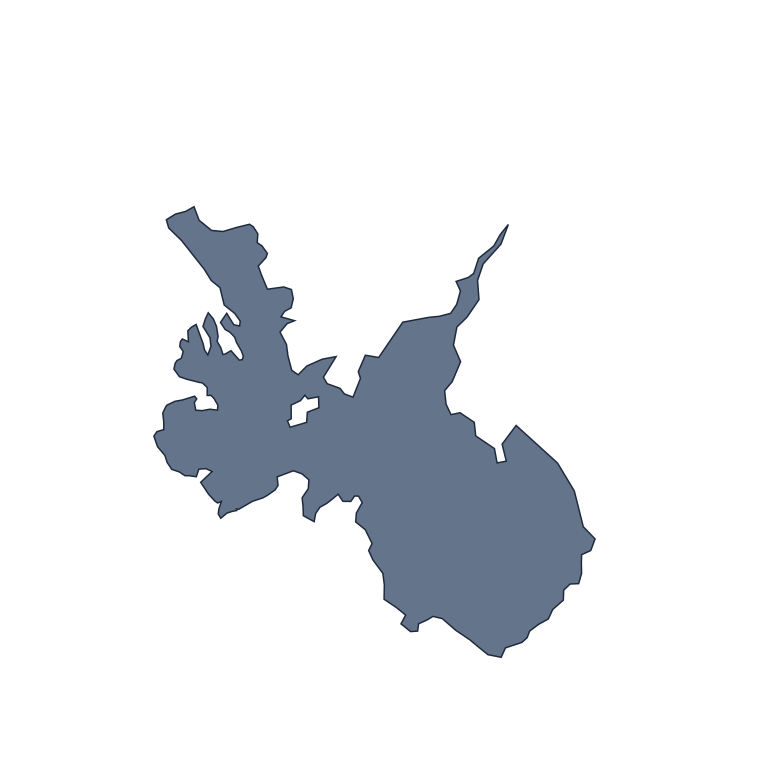 Kattakurgan, Samarkand, Uzbekistan, rotated 123°
{"feature_id": "79887680B42303592957509", "entity_name": "Kattakurgan", "entity_type": "district", "adm_level": 2, "iso_a3": "UZB", "parent_name": "Uzbekistan", "parent_adm1": "Samarkand", "projection": "orthographic", "projection_center": [66.271, 39.924], "detail": "fine", "context": "isolated", "style": "filled", "palette": "slate", "viewbox_px": 768, "rotation_deg": 123, "n_neighbors": 0, "source": "geoboundaries", "source_scale": "gbopen_adm2", "svg_char_len": 3256}
<svg xmlns="http://www.w3.org/2000/svg" viewBox="0 0 768 768"><g transform="rotate(123 384 384)"><path d="M571.2,515.5L569.2,507.7L569.3,501.0L567.1,497.6L564.0,490.9L556.3,492.9L552.0,487.3L551.0,480.5L566.3,484.2L572.0,471.0L574.3,462.1L574.4,458.7L571.1,456.4L578.8,454.4L583.3,452.2L585.5,447.8L577.9,445.4L573.6,442.0L570.3,438.6L569.2,439.7L568.2,437.6L554.0,430.4L545.4,423.5L541.0,421.2L532.3,417.7L526.8,417.6L520.1,423.0L516.9,420.7L506.1,412.7L504.0,403.7L505.3,394.8L513.0,390.5L524.0,390.7L530.7,385.3L538.4,379.9L537.5,367.6L529.8,370.8L522.1,370.6L515.6,367.1L509.1,364.8L501.4,362.4L504.8,354.6L500.6,347.9L494.0,347.7L491.9,344.3L495.3,337.7L507.3,336.9L515.1,332.6L516.4,320.3L524.3,307.1L532.0,306.2L537.6,297.4L543.4,281.9L552.3,274.3L564.5,266.7L564.7,252.3L566.0,240.0L575.9,239.1L577.2,226.9L572.9,221.2L566.3,224.4L558.5,219.4L552.2,216.3L549.0,207.3L550.2,199.0L551.5,189.5L551.8,172.8L553.1,161.7L554.4,149.4L549.4,136.9L539.1,138.4L525.6,127.6L518.8,125.8L511.9,127.3L501.7,123.6L491.5,118.2L481.2,119.7L467.6,115.9L459.0,121.0L450.4,119.0L445.4,112.0L435.1,115.2L426.6,121.0L419.5,125.3L411.0,119.9L399.0,122.6L395.2,139.1L370.1,166.1L355.8,195.4L346.8,250.6L370.1,252.2L382.1,239.4L388.6,246.2L378.0,256.2L377.6,278.8L367.0,287.4L366.7,304.6L373.2,311.1L367.2,320.9L356.6,329.5L344.8,328.1L323.6,331.9L313.6,346.9L296.5,353.9L283.0,350.8L261.5,350.3L246.1,362.0L229.3,366.2L203.0,362.1L182.5,366.6L195.2,367.9L208.4,367.1L227.0,373.1L242.4,369.0L248.9,371.4L258.7,379.4L264.3,370.6L277.6,366.4L288.5,366.6L297.2,374.6L303.6,382.6L321.9,401.9L364.7,402.9L370.0,415.3L387.6,412.3L392.1,406.8L411.9,402.8L413.9,411.8L411.6,418.4L414.7,431.8L411.3,438.5L387.1,439.1L396.8,449.3L410.9,458.5L423.0,461.0L422.8,468.8L412.8,479.8L403.9,487.4L397.1,499.5L386.1,498.1L379.6,493.5L383.8,507.0L377.2,506.9L370.7,503.4L361.9,506.5L355.2,513.1L357.2,520.9L368.0,533.4L359.0,546.6L353.5,553.7L342.5,551.8L338.0,552.9L334.6,561.7L334.5,567.3L326.8,571.6L323.3,579.3L323.3,583.8L333.0,592.9L343.8,602.1L349.1,612.2L347.4,628.2L338.8,639.9L347.5,644.5L355.0,651.4L364.8,656.0L370.4,649.5L374.0,631.7L385.6,597.4L391.3,585.2L392.5,574.1L404.8,561.0L406.1,547.6L408.3,542.0L409.6,538.8L414.0,536.7L416.1,542.3L410.4,554.4L421.4,554.7L424.8,546.9L424.5,541.2L426.1,534.7L429.5,530.3L434.0,521.5L437.4,517.1L440.7,516.1L442.8,518.3L439.4,530.5L445.5,533.6L447.0,535.2L445.4,537.0L442.5,540.6L439.1,547.2L434.4,549.1L426.9,555.9L422.4,562.5L420.0,570.2L426.6,569.3L434.3,567.2L440.0,555.1L446.7,549.6L455.5,547.6L453.2,553.1L448.8,557.5L436.4,574.0L440.8,576.3L446.2,577.5L455.1,571.0L456.1,577.7L459.4,577.8L463.8,575.7L466.1,570.1L472.7,568.0L477.1,570.4L480.4,570.4L485.9,568.3L489.3,559.5L487.3,551.6L483.1,539.3L482.0,537.0L483.2,530.4L489.9,526.0L487.7,522.7L488.9,518.2L490.1,516.0L492.3,511.6L496.7,509.5L499.9,516.2L505.3,521.9L508.5,527.6L502.9,533.0L498.5,532.9L497.4,536.2L507.1,544.3L512.5,550.0L520.1,554.6L522.3,554.6L528.9,553.7L535.6,548.2L542.2,543.9L547.6,548.5L553.1,548.6L559.9,539.8L563.3,528.8L567.8,523.3L571.2,515.5ZM439.4,425.7L449.4,432.9L458.3,428.0L471.4,439.2L467.5,444.9L463.7,442.9L452.2,450.4L443.5,445.0L436.5,444.2L437.9,439.8L430.4,431.9L439.4,425.7Z" fill="#64748b" stroke="#1e293b" stroke-width="1.5"/></g></svg>